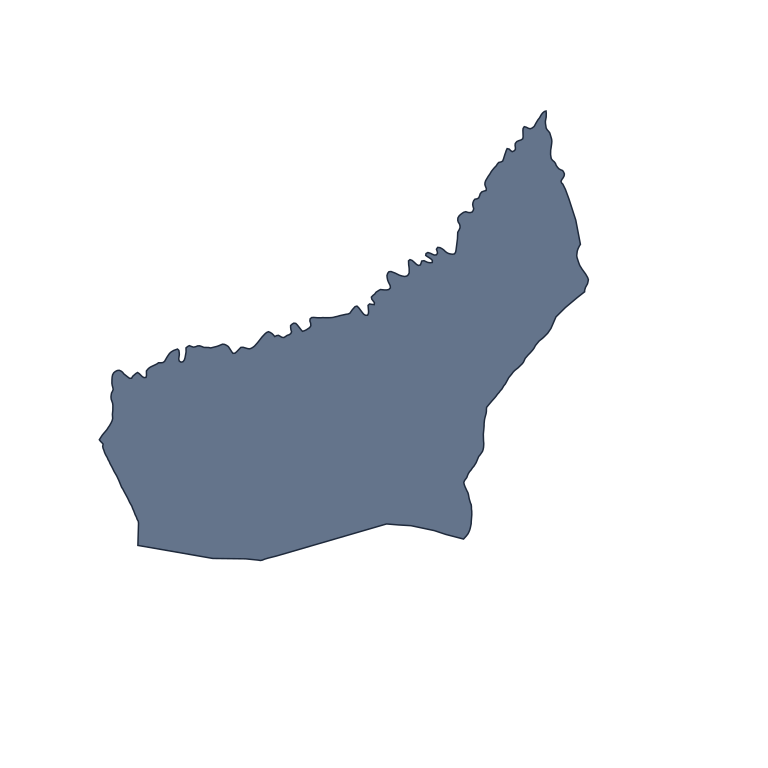 outline of Ash Shu'ayb, Al Dali', Yemen, rotated 323°
{"feature_id": "15242507B23193372099194", "entity_name": "Ash Shu'ayb", "entity_type": "district", "adm_level": 2, "iso_a3": "YEM", "parent_name": "Yemen", "parent_adm1": "Al Dali'", "projection": "mercator", "projection_center": [44.973, 13.834], "detail": "fine", "context": "isolated", "style": "filled", "palette": "slate", "viewbox_px": 768, "rotation_deg": 323, "n_neighbors": 0, "source": "geoboundaries", "source_scale": "gbopen_adm2", "svg_char_len": 6170}
<svg xmlns="http://www.w3.org/2000/svg" viewBox="0 0 768 768"><g transform="rotate(323 384 384)"><path d="M635.8,368.5L643.1,347.4L646.0,337.8L647.1,331.9L646.8,330.4L647.4,328.6L649.2,327.7L651.2,327.1L653.1,326.2L654.5,324.8L655.0,322.9L655.1,321.0L654.0,319.2L653.2,317.4L653.0,315.3L653.1,313.0L653.7,311.0L653.7,309.0L653.2,306.8L653.2,304.7L654.2,302.7L655.2,300.9L657.9,297.5L659.3,296.2L662.6,292.9L664.1,291.2L665.2,289.4L666.0,287.3L667.5,283.2L667.5,281.2L667.3,279.3L667.5,277.3L669.8,273.0L671.0,271.3L674.2,268.4L676.7,265.2L677.7,263.5L676.1,262.9L673.9,263.0L671.9,263.5L668.2,265.1L666.1,265.6L662.6,267.0L658.9,268.7L656.2,268.7L654.3,268.1L653.1,266.5L652.2,264.6L650.9,262.9L648.9,263.6L647.6,265.0L643.8,270.4L642.3,271.7L640.1,271.5L638.2,270.8L636.0,270.3L633.6,270.9L632.3,272.3L631.2,274.3L630.0,275.8L628.1,276.1L626.2,275.6L625.6,273.8L625.4,271.8L624.0,270.1L622.1,271.1L620.4,272.3L618.7,273.4L615.1,276.0L612.9,277.4L610.9,277.0L608.9,276.1L607.0,276.5L604.9,277.3L602.2,277.7L599.3,278.4L597.5,278.9L595.2,279.9L592.1,280.9L587.5,282.8L585.7,284.1L584.5,285.6L583.9,287.4L583.4,289.4L582.0,290.9L579.7,290.0L577.6,289.4L575.3,290.0L573.5,291.3L571.5,292.4L569.5,292.0L567.8,291.1L565.9,291.6L564.2,292.7L562.8,294.1L561.9,295.9L561.2,297.9L559.7,299.1L557.8,299.7L556.0,299.0L554.4,297.6L553.0,295.6L550.9,294.8L548.9,294.7L546.9,294.7L544.9,295.0L542.9,295.9L541.4,297.7L540.7,299.5L540.6,301.5L539.9,303.4L538.7,305.0L536.8,306.1L534.2,307.2L530.0,312.3L522.1,320.4L520.5,321.8L518.6,322.5L516.8,321.6L515.4,320.2L514.1,318.6L513.2,316.8L512.7,314.9L512.4,312.8L511.7,310.7L510.8,308.8L509.1,307.2L507.0,307.9L506.4,309.8L505.5,311.7L503.6,312.4L501.8,311.3L500.8,309.6L499.9,307.8L498.2,305.4L496.1,305.1L494.7,306.4L495.3,308.4L496.1,310.4L496.7,312.3L497.0,314.4L495.7,316.0L493.9,315.0L492.1,313.2L491.1,311.4L490.2,309.6L488.1,308.5L486.5,309.7L484.7,310.8L482.8,310.0L482.0,308.2L481.3,304.3L480.8,302.2L479.6,300.3L477.7,300.4L475.4,303.7L474.5,305.4L473.4,307.2L470.9,310.5L469.0,311.4L467.1,311.5L465.1,310.5L463.4,308.6L461.8,306.4L459.7,302.2L457.3,298.4L455.5,297.3L453.6,297.8L451.6,299.2L450.4,301.2L449.5,303.1L448.9,305.1L448.1,309.3L446.9,311.1L444.6,311.4L442.6,310.4L440.9,309.1L438.0,306.4L435.9,306.1L432.9,305.9L430.6,306.6L428.6,306.6L426.2,307.0L425.3,308.9L425.3,313.3L424.0,314.7L422.1,313.0L420.7,311.4L418.6,311.6L415.3,316.8L414.0,318.3L412.2,319.2L410.6,318.0L409.8,316.1L409.7,314.0L409.7,307.8L409.3,305.5L407.4,304.8L403.4,305.6L399.4,306.9L397.5,306.5L395.5,305.4L389.6,302.7L387.6,302.0L385.7,301.1L383.5,300.2L381.8,299.2L380.2,298.1L378.3,296.7L376.7,295.5L375.2,294.2L373.4,293.1L370.8,291.1L367.9,288.5L366.2,287.4L364.2,287.5L362.7,289.1L362.0,291.3L360.6,293.5L358.6,294.2L354.7,294.0L352.7,293.6L350.6,292.9L350.4,290.8L350.4,288.8L350.3,284.6L350.0,282.5L348.6,281.1L346.6,280.9L344.6,281.1L343.4,282.7L342.3,284.7L341.6,286.7L339.9,287.6L338.0,287.6L336.0,286.9L332.1,286.7L330.5,285.2L329.8,283.4L329.0,281.6L327.3,280.7L325.3,280.4L325.2,278.3L324.9,276.3L324.2,274.4L323.2,272.7L321.2,272.2L319.2,272.3L315.0,273.0L307.9,274.9L303.4,275.8L301.4,275.8L299.5,275.6L297.6,274.9L296.2,273.4L293.6,269.9L291.7,268.6L285.6,269.6L283.5,269.7L281.8,268.6L281.8,266.7L282.1,262.6L282.2,260.4L281.5,258.3L280.5,256.4L279.0,255.0L275.1,254.0L273.2,253.4L267.3,250.9L265.8,249.2L262.2,246.4L261.1,244.5L259.8,242.6L258.1,241.4L256.1,240.9L254.1,240.0L252.9,238.3L251.6,236.2L249.7,235.9L247.6,236.0L245.2,239.3L241.0,243.2L238.9,244.7L236.8,245.2L235.0,244.4L234.3,242.5L235.1,240.5L238.2,237.4L239.4,235.6L240.4,233.7L240.1,231.8L236.2,230.6L233.3,230.3L231.1,230.5L228.4,231.4L226.5,232.1L222.3,233.9L220.3,233.8L218.6,232.8L216.7,231.3L214.7,231.3L212.6,230.9L208.3,230.0L206.4,229.8L204.4,230.0L202.1,230.6L199.4,234.3L197.9,235.5L196.2,234.5L195.4,232.7L194.8,228.5L194.1,226.5L192.1,226.3L187.9,226.6L185.9,227.5L184.2,226.3L183.5,223.9L182.3,219.3L182.3,217.3L181.8,215.5L180.8,213.7L179.1,212.7L177.0,212.3L174.9,212.4L172.8,213.3L171.1,214.8L169.6,216.5L167.1,219.7L166.1,221.6L165.4,223.4L164.5,225.3L162.8,226.4L161.0,227.2L159.6,228.5L158.2,230.0L157.0,231.9L155.7,236.0L154.6,237.9L151.6,241.8L148.8,244.8L146.6,248.2L144.9,249.6L142.9,250.7L139.7,252.1L137.8,252.7L135.2,253.7L130.2,254.8L128.2,255.3L125.7,256.2L123.1,257.2L123.1,259.3L123.4,261.3L123.5,263.0L121.8,264.5L120.9,266.4L120.4,268.4L119.7,270.3L119.2,272.4L118.9,274.3L118.7,276.3L118.1,278.4L117.9,280.5L117.3,282.7L116.7,286.9L115.8,291.5L115.2,296.7L114.2,301.4L112.3,308.6L112.2,310.7L111.7,313.5L110.6,320.9L109.6,325.6L109.1,329.8L108.3,332.3L107.8,334.7L106.6,338.7L106.2,341.1L105.4,343.6L105.2,345.6L104.2,347.4L90.3,364.8L142.3,420.3L168.2,440.3L177.6,449.0L179.1,450.6L181.0,451.5L183.1,452.0L186.9,453.4L194.2,456.5L301.8,497.3L310.9,505.4L320.3,513.4L335.9,531.3L342.8,541.3L354.2,555.7L358.4,554.9L360.9,554.2L362.9,553.2L364.6,552.2L366.3,550.9L369.5,548.1L370.7,546.6L375.4,541.3L377.6,538.3L378.6,536.5L380.0,534.6L381.0,532.9L381.5,530.9L383.0,526.9L384.9,523.1L385.6,521.3L385.9,519.4L386.9,514.8L387.5,512.8L388.4,510.7L390.2,509.6L393.9,508.5L395.7,507.3L397.5,506.3L399.6,505.5L401.7,505.1L404.2,504.2L406.3,503.8L408.1,503.1L410.2,502.3L416.0,498.9L417.9,498.5L422.1,497.1L423.7,496.0L425.3,494.6L426.7,493.0L428.0,491.4L429.2,489.4L433.1,483.9L437.4,479.2L438.8,477.6L440.0,476.0L442.7,473.1L444.3,471.7L446.1,470.3L447.8,469.0L449.4,467.4L450.6,465.8L451.9,464.4L454.3,463.8L459.5,462.6L464.1,461.7L466.5,461.1L468.3,460.5L470.9,460.0L472.8,459.4L474.8,459.1L476.8,458.3L478.7,457.5L480.9,457.0L485.1,455.1L487.4,454.0L491.7,453.0L494.0,452.3L496.3,451.9L498.4,451.8L500.6,451.8L506.8,451.0L508.7,450.4L512.2,448.5L516.8,447.5L519.0,447.2L521.6,446.7L523.8,446.2L525.6,445.6L528.1,444.4L533.5,443.1L534.2,443.0L538.4,442.9L540.3,442.7L545.2,442.0L550.8,440.1L561.7,433.9L574.9,432.1L590.0,431.3L599.7,431.1L599.7,430.8L601.3,429.4L603.1,428.1L606.9,426.4L608.6,425.0L610.0,423.7L610.7,421.6L611.2,417.5L611.3,411.3L611.7,407.1L612.3,405.0L612.9,403.1L614.3,399.1L615.2,397.4L618.4,394.1L620.5,392.7L623.2,391.3L624.9,390.7L635.8,368.5Z" fill="#64748b" stroke="#1e293b" stroke-width="1.5"/></g></svg>